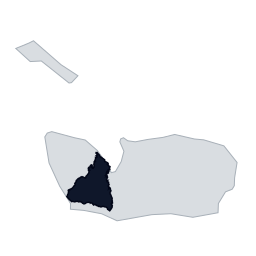 Bethlehem, West Bank, Palestine (highlighted), rotated 86°
{"feature_id": "87354302B24436251599031", "entity_name": "Bethlehem", "entity_type": "district", "adm_level": 2, "iso_a3": "PSE", "parent_name": "Palestine", "parent_adm1": "West Bank", "projection": "mercator", "projection_center": [35.239, 31.604], "detail": "fine", "context": "in_parent", "style": "filled", "palette": "ink", "viewbox_px": 256, "rotation_deg": 86, "n_neighbors": 0, "source": "geoboundaries", "source_scale": "gbopen_adm2", "svg_char_len": 6088}
<svg xmlns="http://www.w3.org/2000/svg" viewBox="0 0 256 256"><g transform="rotate(86 128 128)"><path d="M218.8,44.1L221.6,69.5L216.5,91.2L216.1,110.2L219.8,145.4L211.7,160.3L207.1,177.9L205.0,191.1L199.3,190.6L181.3,200.2L157.4,209.2L131.1,211.6L127.4,208.9L126.3,204.3L134.0,182.0L137.0,171.5L148.4,160.1L164.6,150.3L171.4,147.8L170.6,143.6L161.0,137.1L150.9,133.7L141.3,137.1L138.4,136.1L137.4,133.2L140.7,129.2L142.3,121.7L140.8,109.1L139.8,93.7L137.7,81.9L143.6,62.5L145.1,53.3L152.5,33.6L170.0,21.6L185.0,25.1L193.0,26.0L196.3,28.3L198.5,35.2L209.6,43.1L218.8,44.1ZM72.4,174.3L78.8,181.2L79.0,183.7L55.1,209.8L54.9,220.9L40.8,234.4L36.4,221.0L34.4,216.2L60.2,190.4L72.4,174.3Z" fill="#d9dde1" stroke="#a8b0b8" stroke-width="1"/><path d="M177.5,153.0L177.2,152.5L176.5,152.6L175.9,151.9L175.7,151.9L175.6,152.1L175.4,152.0L175.2,152.0L175.1,152.3L174.9,152.2L174.7,152.2L174.8,152.5L174.5,152.4L174.3,152.6L174.4,152.8L174.2,152.8L174.7,153.0L174.9,153.2L174.6,153.0L174.7,153.3L174.4,153.1L174.4,153.3L174.3,153.1L174.1,153.3L173.8,153.2L173.9,153.7L173.8,153.8L173.7,153.6L173.0,153.3L172.4,152.9L172.4,152.4L172.2,152.4L172.0,152.0L171.7,152.1L171.3,152.0L171.2,152.5L171.0,152.4L170.8,152.5L170.5,152.4L170.3,152.1L169.9,152.1L169.9,151.9L169.7,151.9L170.8,151.4L171.3,150.7L170.0,150.5L169.8,150.6L169.6,151.1L169.4,151.0L169.4,150.6L169.2,150.8L169.3,151.0L169.0,151.0L168.9,151.1L168.6,151.0L168.6,150.6L168.3,150.5L168.1,150.2L167.8,149.7L167.7,149.3L167.9,149.2L168.1,149.2L167.9,149.0L167.5,149.2L166.6,149.2L166.0,149.1L165.5,148.6L165.2,148.7L164.6,149.8L164.0,150.1L163.3,150.8L163.1,150.5L162.9,150.7L163.0,150.7L162.9,151.1L162.7,151.2L162.3,150.7L162.1,150.3L161.7,150.4L161.1,151.0L160.2,152.5L160.1,153.3L159.8,153.6L159.4,153.6L158.4,153.4L158.1,153.5L157.3,154.4L156.3,155.7L155.3,156.5L155.2,156.9L155.3,157.4L153.0,158.4L152.0,159.3L150.3,160.5L150.5,160.9L150.3,161.5L150.7,161.7L151.1,161.5L151.2,161.2L151.5,161.0L151.8,160.7L152.1,160.8L152.6,160.5L152.9,160.6L153.0,160.9L153.3,160.9L153.4,161.2L153.2,161.2L153.5,161.7L153.8,161.3L154.3,161.2L154.9,161.0L155.0,161.2L155.0,161.7L155.0,161.8L155.4,162.1L155.3,162.4L155.9,162.3L156.8,162.8L157.6,162.9L158.2,163.3L158.2,163.1L158.8,162.9L158.8,163.1L159.0,163.3L159.0,163.5L159.1,163.8L159.4,163.6L159.6,163.7L159.6,164.0L159.9,164.0L160.0,163.9L160.1,164.0L160.2,163.9L160.5,164.3L161.1,164.2L161.3,164.3L161.6,164.2L162.6,164.3L162.4,164.6L162.6,164.6L162.8,164.3L163.1,164.3L164.6,164.5L164.7,164.8L164.4,164.9L164.5,165.0L164.9,165.5L165.3,165.7L165.7,165.6L165.7,166.3L165.3,166.3L165.0,166.5L164.5,166.5L164.6,167.0L164.4,167.0L164.0,166.8L163.9,166.8L163.6,166.8L163.6,166.5L163.5,166.4L163.4,166.5L163.3,166.8L163.1,166.5L162.6,166.4L162.3,166.7L162.2,167.1L162.4,167.5L162.5,167.7L162.7,167.9L163.0,167.9L163.0,168.1L163.2,168.3L163.6,168.4L163.9,168.6L164.2,168.7L164.1,168.8L164.3,169.1L164.4,169.6L164.8,169.9L164.8,170.0L165.3,170.4L165.8,170.4L165.7,170.1L165.8,169.9L165.6,169.7L166.2,169.7L166.7,169.8L166.5,170.0L167.2,170.2L167.3,169.9L167.5,170.0L167.8,170.3L167.9,170.2L167.9,169.5L168.4,170.0L168.9,169.9L169.1,169.8L169.8,170.2L170.0,170.1L170.3,170.4L170.8,170.7L171.4,171.4L172.2,171.9L172.2,172.0L172.7,172.5L173.3,173.3L174.1,173.4L175.0,173.9L174.9,174.4L173.9,175.9L173.6,176.8L173.3,177.3L173.6,177.9L173.8,178.1L173.7,178.6L173.8,178.7L173.9,178.8L174.0,179.0L174.3,179.2L174.4,179.4L174.7,179.5L174.9,179.9L175.0,179.9L175.2,180.1L175.2,180.4L174.7,180.5L174.9,181.0L175.4,181.7L176.5,182.8L176.7,183.2L177.1,183.1L177.5,183.4L177.9,183.4L178.0,183.6L178.4,183.8L178.5,184.0L179.1,184.4L179.5,184.9L180.1,184.7L180.3,184.6L180.8,184.7L181.3,185.1L182.2,186.1L183.4,187.0L183.9,187.5L184.2,187.7L184.3,188.0L184.4,188.4L184.6,188.5L184.7,188.8L184.9,189.4L184.9,189.7L185.0,190.0L185.3,190.2L185.7,190.3L185.7,190.5L185.4,190.6L185.5,190.8L185.4,191.0L185.5,191.3L185.8,191.8L186.2,191.8L186.4,192.0L187.1,191.7L187.7,191.8L188.6,192.1L189.1,192.1L190.4,192.9L191.7,193.4L192.1,193.8L193.7,192.7L195.4,191.4L196.5,190.2L197.5,189.4L197.3,188.5L198.0,186.1L197.5,185.4L197.7,185.1L197.6,184.5L197.6,183.4L197.8,183.1L198.2,182.7L198.1,182.4L197.9,181.9L198.1,181.8L197.9,181.5L197.9,181.2L198.3,180.8L198.3,180.5L198.4,180.3L198.2,180.1L198.3,179.8L198.8,179.5L199.2,179.0L199.6,178.8L199.9,178.5L199.9,178.1L200.5,177.6L200.6,176.9L200.4,176.4L200.4,176.1L200.2,175.7L199.8,175.1L199.4,174.4L199.4,172.3L199.5,171.4L199.8,171.0L200.3,170.9L200.0,170.4L200.0,170.1L200.2,169.5L200.6,169.2L200.7,168.6L201.1,168.3L201.4,168.2L201.8,168.3L202.1,167.8L202.4,167.7L202.2,167.1L202.0,166.8L202.1,166.4L202.0,165.8L202.1,165.6L202.4,165.5L202.6,165.2L203.0,165.1L203.1,164.9L203.1,164.4L203.3,164.0L203.5,163.9L203.5,163.6L203.7,163.3L203.7,163.1L204.1,162.9L204.0,162.7L204.0,162.3L204.0,162.1L204.3,161.9L204.4,161.4L204.7,161.1L204.8,160.1L204.7,159.5L204.4,159.2L204.3,158.6L204.5,158.2L204.8,157.1L205.0,156.9L205.0,156.7L205.1,156.2L205.3,155.5L206.4,154.2L207.7,154.0L208.1,153.4L209.3,152.0L207.1,150.1L206.6,149.9L206.3,149.6L205.9,149.4L205.6,149.5L205.2,149.3L204.4,149.1L204.2,149.4L203.4,149.4L203.2,149.6L203.2,149.8L202.5,150.0L202.4,149.8L202.4,149.5L202.2,149.3L201.9,149.6L201.7,149.4L201.9,149.1L201.8,148.9L201.5,149.1L201.1,148.7L200.8,148.8L200.8,149.1L200.5,149.1L200.4,149.2L200.1,149.1L199.7,148.7L199.3,148.9L198.8,148.9L198.2,149.0L197.4,148.7L197.0,148.9L196.5,148.8L195.4,149.3L193.6,149.8L193.0,150.2L192.7,150.1L192.4,150.4L191.8,150.6L191.5,150.6L190.8,150.3L190.6,150.2L190.4,149.8L190.1,149.7L189.0,149.4L188.1,150.0L187.6,150.1L186.9,149.8L186.7,149.9L186.7,150.1L186.9,150.7L186.9,151.0L186.6,151.0L187.1,151.5L186.7,151.4L186.3,151.4L186.3,151.1L186.3,150.9L186.2,150.6L185.9,150.8L185.0,151.7L184.7,151.6L184.4,151.6L184.2,151.4L184.0,151.5L183.9,151.3L183.0,151.2L182.9,151.0L182.7,151.2L182.1,151.3L181.5,151.1L181.4,151.2L181.2,151.3L180.6,151.3L180.6,151.6L180.6,152.0L180.2,152.4L180.1,152.6L179.8,152.6L179.3,152.2L179.4,152.5L178.8,152.6L178.8,152.8L178.3,153.0L177.5,153.0Z" fill="#0f172a" stroke="#020617" stroke-width="1.5"/></g></svg>